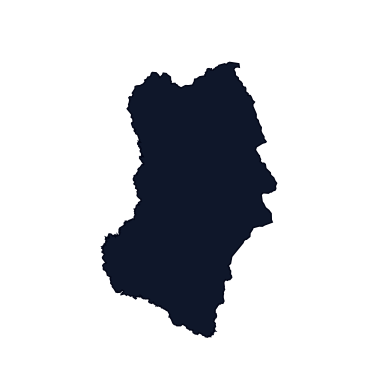 Curumaní, Cesar, Colombia (Robinson projection), rotated 314°
{"feature_id": "7082276B94072212482436", "entity_name": "Curumaní", "entity_type": "district", "adm_level": 2, "iso_a3": "COL", "parent_name": "Colombia", "parent_adm1": "Cesar", "projection": "robinson", "projection_center": [-73.572, 9.24], "detail": "fine", "context": "isolated", "style": "filled", "palette": "ink", "viewbox_px": 384, "rotation_deg": 314, "n_neighbors": 0, "source": "geoboundaries", "source_scale": "gbopen_adm2", "svg_char_len": 5996}
<svg xmlns="http://www.w3.org/2000/svg" viewBox="0 0 384 384"><g transform="rotate(314 192 192)"><path d="M226.1,270.6L227.1,268.3L231.5,263.8L232.1,260.0L231.7,255.7L233.2,251.8L233.7,249.2L238.0,243.7L240.2,243.5L241.4,244.3L244.3,247.8L246.1,248.1L247.2,249.1L249.0,249.3L251.0,250.4L252.6,249.9L254.1,247.8L257.1,246.7L257.5,244.1L258.9,240.9L258.7,236.8L260.2,234.9L260.2,228.8L262.8,225.4L262.6,223.7L261.2,222.5L261.4,221.7L261.2,219.8L263.1,218.6L263.9,216.5L264.9,215.2L264.8,214.2L266.2,208.4L269.1,206.9L276.2,208.8L278.9,210.4L279.7,210.3L280.2,206.6L281.7,205.4L282.7,201.4L283.7,199.2L286.6,196.9L287.0,194.6L288.1,191.8L289.5,189.8L289.5,186.9L292.5,184.1L295.8,176.3L297.2,174.8L300.1,174.4L299.9,171.8L301.4,168.6L301.8,166.9L300.5,165.1L301.7,164.0L301.3,160.9L303.7,158.8L304.3,157.7L303.4,156.2L303.4,154.7L303.7,153.7L304.7,153.0L305.2,151.0L304.8,147.5L306.3,145.8L305.8,142.3L308.0,139.9L308.6,137.7L309.3,136.7L311.7,136.4L313.6,137.7L314.6,139.3L316.7,136.6L311.3,129.0L309.8,128.3L307.4,128.2L306.9,126.5L301.7,123.4L300.4,123.7L298.0,122.7L296.2,122.9L295.3,122.3L294.3,122.6L292.9,120.9L293.9,120.3L293.0,119.7L292.6,118.6L291.6,117.8L290.7,117.7L288.9,119.1L287.4,118.7L286.8,119.7L285.2,119.9L284.5,120.8L280.1,117.5L276.6,116.9L275.0,115.6L273.3,116.9L269.3,118.2L266.2,115.9L263.9,113.4L259.2,111.9L258.3,108.3L258.6,106.8L258.0,105.5L258.3,104.3L255.6,102.0L255.9,101.1L257.1,100.2L257.4,99.0L259.7,96.5L259.1,92.7L259.3,91.3L257.5,88.8L255.7,89.6L252.0,89.4L252.8,86.3L252.8,83.4L250.4,80.5L249.4,80.4L246.6,81.8L245.3,81.5L243.9,80.4L242.5,81.0L241.2,81.0L239.7,80.3L239.0,81.7L236.0,82.0L232.4,80.8L229.9,78.6L228.4,77.9L226.6,79.4L221.7,80.4L221.6,81.7L219.4,82.8L218.2,82.5L217.3,81.1L216.0,81.1L215.2,83.2L212.9,84.8L211.0,85.6L209.9,87.3L206.9,87.6L206.0,94.9L203.6,96.3L203.6,97.2L204.0,98.0L202.0,100.6L201.4,101.0L199.8,100.7L199.2,101.1L197.5,104.6L197.9,106.0L197.2,107.2L197.4,108.3L196.9,108.6L196.1,107.8L195.8,108.1L195.8,109.6L195.0,111.1L195.6,113.1L193.0,118.1L192.0,118.7L191.9,119.6L191.3,118.5L191.0,119.6L189.5,118.9L188.7,119.9L188.8,120.9L188.4,122.0L187.9,122.2L188.5,123.0L187.5,123.9L188.0,124.9L186.9,125.7L186.8,126.5L186.7,125.9L185.8,126.1L185.1,127.0L185.3,127.8L184.7,129.2L183.6,130.3L183.9,131.0L183.5,132.1L182.7,130.8L181.9,131.3L181.4,130.0L180.8,130.0L180.6,130.8L180.0,130.9L179.6,132.8L179.9,133.8L179.3,134.4L179.0,135.9L179.2,137.1L178.2,138.1L177.7,138.0L177.7,137.4L177.2,137.1L173.7,137.7L171.8,137.3L170.6,137.6L170.5,138.5L168.5,139.3L167.1,139.3L166.6,140.0L166.4,139.6L165.3,139.9L163.6,139.1L162.9,139.9L160.7,140.7L159.7,142.1L160.2,142.7L159.6,144.3L157.8,144.5L157.5,144.8L157.9,147.2L155.6,148.9L156.0,150.0L155.8,152.0L154.1,152.3L153.4,153.6L151.3,155.1L151.0,157.3L151.3,160.2L150.3,161.8L147.3,161.0L145.9,162.1L146.0,162.7L145.4,162.4L145.1,161.6L144.3,161.8L143.8,161.4L141.5,162.9L140.2,162.8L139.8,163.2L139.5,162.7L138.8,164.3L138.1,164.2L137.4,165.5L136.6,165.9L136.9,166.5L136.5,167.1L134.0,167.7L132.2,169.4L131.3,168.0L129.2,167.5L129.0,167.0L128.3,167.2L127.7,166.6L127.2,167.0L127.1,166.5L125.6,166.4L125.3,165.8L125.6,165.4L124.6,164.4L123.4,165.5L123.1,164.8L122.6,164.8L122.7,165.8L121.8,165.8L121.6,166.6L115.7,165.1L114.6,165.6L115.0,166.4L114.3,166.4L113.9,167.1L113.4,166.6L112.2,167.7L112.5,168.6L111.8,168.5L111.4,169.2L110.3,169.5L109.1,168.9L109.3,168.1L108.7,168.7L108.1,167.7L107.1,168.0L107.8,167.0L107.2,167.0L107.2,166.5L106.5,167.0L106.1,165.7L105.3,165.6L105.4,163.1L104.7,162.0L104.0,161.5L103.1,162.0L101.7,164.1L101.3,163.6L101.5,163.0L100.6,163.6L100.6,162.5L99.7,162.2L99.5,161.5L99.1,162.5L98.7,162.1L97.9,162.6L98.3,163.5L97.0,164.1L97.0,164.9L96.4,164.6L95.9,165.2L93.9,165.2L93.8,165.8L93.4,165.1L92.4,165.7L92.0,165.5L91.8,166.1L91.1,165.8L90.8,166.3L89.9,165.3L89.7,166.2L89.0,166.3L89.4,167.4L88.4,168.2L88.2,169.1L87.0,169.5L86.8,168.8L86.3,169.0L86.7,171.6L86.4,172.4L82.9,173.0L82.2,173.9L81.4,179.4L78.7,178.6L77.1,178.9L76.1,181.1L75.0,181.7L74.8,182.7L75.4,183.7L75.2,186.3L73.4,189.0L74.4,192.5L72.7,193.5L71.4,195.9L70.0,196.9L69.7,199.6L68.6,200.5L68.4,202.9L67.3,207.0L68.1,207.3L67.8,207.5L68.0,208.1L70.0,209.8L71.0,209.7L71.0,210.0L72.3,209.7L73.1,210.4L73.3,211.5L72.6,212.2L71.4,211.9L70.7,212.5L69.4,212.0L69.0,212.3L71.9,214.1L72.3,216.6L73.3,216.5L74.2,218.5L74.3,220.0L75.4,220.6L76.6,222.1L75.6,222.8L76.0,225.6L76.6,225.8L77.0,224.6L77.9,224.3L79.6,226.2L80.8,226.6L82.4,226.0L80.4,227.3L81.5,228.3L81.9,228.2L81.8,229.1L81.2,229.4L81.6,231.2L82.2,231.4L82.6,232.5L85.1,234.8L84.9,236.3L83.0,237.2L83.1,238.6L84.0,240.4L85.8,240.7L85.3,242.3L85.8,244.9L85.3,245.3L86.0,245.5L86.1,246.5L86.8,246.7L87.4,248.2L88.2,248.7L87.6,250.5L88.3,251.3L88.6,253.4L89.1,253.9L89.1,255.7L89.8,257.2L88.5,261.1L86.3,262.3L86.8,262.8L86.2,265.6L84.5,269.4L84.4,271.1L85.4,273.2L85.3,273.9L88.0,276.7L89.9,276.8L90.6,277.3L91.4,281.1L91.2,282.1L90.6,282.5L90.7,283.7L91.2,284.1L91.2,286.2L91.8,286.5L93.2,288.6L91.7,290.5L92.1,292.6L92.8,293.8L93.5,293.9L93.6,294.9L95.5,294.6L96.7,297.4L96.5,299.2L97.7,301.0L97.2,302.0L98.4,303.9L99.5,303.7L99.7,304.6L100.5,304.4L101.0,305.8L102.0,305.0L102.5,305.3L103.7,304.1L103.6,305.6L104.2,306.1L105.0,304.9L105.7,305.3L106.5,304.5L107.1,304.8L107.4,304.1L108.2,305.2L108.2,303.7L109.1,303.5L109.2,302.3L111.4,302.4L112.7,300.5L113.5,300.1L113.9,297.3L116.0,296.7L115.9,296.0L118.3,296.5L119.8,295.7L121.1,293.8L121.1,292.0L122.1,291.6L123.3,290.3L127.4,289.6L127.9,289.1L129.3,289.5L130.4,289.2L131.2,290.2L132.5,290.3L133.4,291.5L135.7,290.7L137.3,288.0L138.9,286.4L140.6,285.3L141.5,284.0L144.6,283.0L145.1,281.8L146.2,281.0L148.3,278.3L149.7,277.2L152.2,277.0L153.2,278.9L154.0,278.9L155.3,280.0L158.0,279.9L159.0,278.6L159.4,276.8L162.0,274.6L162.3,272.7L163.4,271.5L164.0,269.2L167.3,269.3L173.1,265.4L190.9,263.9L193.0,263.0L194.9,263.2L195.9,264.0L200.1,264.5L202.8,262.2L207.0,261.4L208.7,260.6L214.2,263.9L216.4,266.4L218.7,267.0L226.1,270.6Z" fill="#0f172a" stroke="#020617" stroke-width="1.5"/></g></svg>